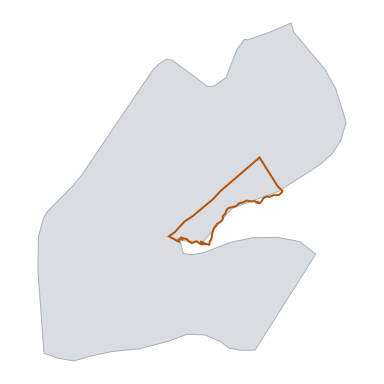 Tadjourah, Tadjourah, Djibouti shown in context
{"feature_id": "41766387B13463549189785", "entity_name": "Tadjourah", "entity_type": "district", "adm_level": 2, "iso_a3": "DJI", "parent_name": "Djibouti", "parent_adm1": "Tadjourah", "projection": "albers", "projection_center": [42.755, 11.778], "detail": "fine", "context": "in_parent", "style": "outline", "palette": "amber", "viewbox_px": 384, "rotation_deg": 0, "n_neighbors": 0, "source": "geoboundaries", "source_scale": "gbopen_adm2", "svg_char_len": 1962}
<svg xmlns="http://www.w3.org/2000/svg" viewBox="0 0 384 384"><path d="M315.7,254.2L299.5,279.9L278.7,312.7L255.1,350.0L240.4,350.3L228.9,348.1L221.0,341.8L204.9,334.9L186.6,334.4L169.2,340.9L139.7,348.8L113.1,351.4L91.6,355.8L73.8,361.0L57.8,358.1L44.0,353.3L41.1,313.7L37.9,270.6L38.4,236.9L43.4,218.4L47.7,211.2L72.9,185.6L81.6,175.2L110.3,132.8L134.9,96.5L153.3,69.4L158.9,64.0L166.7,58.9L172.2,60.3L207.8,86.6L214.1,85.9L226.0,77.7L236.8,49.7L244.3,39.5L247.6,39.8L270.4,31.9L291.1,23.0L293.8,32.2L325.2,69.8L335.5,88.3L346.1,122.1L340.6,141.0L332.5,153.3L320.4,164.4L278.5,191.3L231.9,208.5L202.1,242.8L179.9,240.4L183.3,253.4L191.5,254.9L204.5,252.4L230.1,242.4L253.0,237.7L277.6,237.3L299.9,241.6L315.7,254.2Z" fill="#d9dde1" stroke="#a8b0b8" stroke-width="1"/><path d="M259.5,157.5L220.3,191.2L213.2,199.0L192.7,216.1L184.5,221.5L174.8,232.1L168.9,236.3L178.8,241.7L178.8,240.5L178.4,239.9L178.6,239.5L180.9,238.6L180.6,238.2L180.7,237.8L181.5,238.1L182.4,239.3L182.6,238.9L182.3,237.9L186.6,239.2L187.6,239.8L187.8,240.1L189.3,241.9L190.5,241.9L191.3,243.1L192.1,243.2L195.6,241.3L196.7,241.4L200.7,244.2L202.9,244.4L203.4,244.0L202.0,242.7L200.8,242.1L200.9,241.7L202.5,242.1L203.0,242.3L204.6,243.9L205.4,244.3L205.8,243.6L209.0,244.8L209.5,244.3L209.5,242.7L209.9,241.2L211.0,239.8L211.9,236.9L211.9,234.6L213.5,229.7L214.0,228.0L215.0,227.0L215.7,225.9L216.3,225.6L216.7,224.2L220.5,221.8L222.0,220.4L222.9,218.7L222.7,216.6L223.0,215.8L224.9,214.0L226.8,209.6L228.3,208.2L229.5,207.7L234.6,206.6L237.3,205.1L239.4,203.2L240.6,202.9L242.8,202.5L246.3,200.7L247.4,200.6L249.1,201.3L250.2,201.1L250.9,201.4L255.2,201.2L256.2,202.4L257.1,202.7L257.4,201.8L257.7,201.7L258.7,203.2L259.5,203.3L261.3,201.5L262.3,200.3L263.1,198.7L264.0,197.7L265.0,197.1L267.0,196.6L269.5,196.7L269.8,196.7L273.8,195.1L275.4,195.2L276.5,194.9L278.1,195.0L279.2,194.8L281.9,192.3L282.5,191.1L277.6,186.2L259.5,157.5Z" fill="none" stroke="#b45309" stroke-width="2"/></svg>